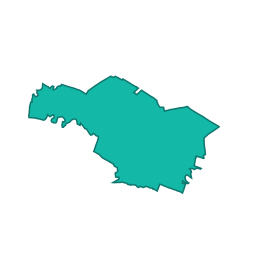 the district of Luna, Cluj, Romania, rotated 146°
{"feature_id": "2599482B89175804727577", "entity_name": "Luna", "entity_type": "district", "adm_level": 2, "iso_a3": "ROU", "parent_name": "Romania", "parent_adm1": "Cluj", "projection": "albers", "projection_center": [23.938, 46.482], "detail": "fine", "context": "isolated", "style": "filled", "palette": "teal", "viewbox_px": 256, "rotation_deg": 146, "n_neighbors": 0, "source": "geoboundaries", "source_scale": "gbopen_adm2", "svg_char_len": 5643}
<svg xmlns="http://www.w3.org/2000/svg" viewBox="0 0 256 256"><g transform="rotate(146 128 128)"><path d="M182.5,210.3L182.7,209.3L184.0,208.0L183.9,207.5L183.8,206.1L184.0,205.7L184.4,205.5L186.0,205.2L186.4,205.2L186.9,205.5L187.2,206.2L187.4,207.2L187.4,207.8L187.1,208.5L187.3,208.9L187.9,209.0L188.4,208.8L188.8,208.5L189.1,208.1L189.7,207.0L189.9,206.8L191.4,205.7L192.3,204.8L192.5,204.1L192.5,203.5L192.7,203.2L193.9,203.6L194.2,203.8L196.2,201.9L196.9,201.4L197.9,200.4L199.1,198.7L200.5,197.0L201.9,195.1L202.7,194.5L204.3,192.1L198.1,187.1L198.3,186.9L196.8,185.5L194.1,182.3L193.4,181.6L192.9,181.4L191.6,181.5L190.2,181.9L188.6,182.9L187.6,183.5L187.2,183.9L186.8,182.3L186.3,181.0L185.5,180.9L183.6,181.1L183.4,180.8L183.2,180.7L182.3,180.4L182.3,180.2L182.8,179.1L183.3,177.9L183.5,177.8L184.4,178.0L184.8,178.1L185.6,178.2L186.4,177.9L187.3,177.3L187.6,176.8L187.8,176.4L187.7,175.2L186.9,174.2L186.4,173.6L185.6,173.0L185.1,172.7L184.6,172.7L184.2,172.8L183.4,173.4L181.0,175.5L180.5,176.0L180.4,176.1L176.1,174.1L175.7,171.9L175.6,170.8L175.9,169.6L176.5,169.0L177.4,168.8L178.1,169.2L178.7,169.8L179.4,169.0L181.3,167.1L182.0,165.3L181.2,164.8L179.3,165.2L178.2,165.2L177.1,166.3L173.6,165.6L172.8,165.6L171.9,165.7L171.2,166.0L170.7,166.1L170.0,166.1L168.1,165.8L167.2,165.4L166.3,164.3L166.4,162.6L167.8,159.7L166.3,157.0L164.6,158.5L164.2,155.4L164.2,154.3L164.1,151.5L163.4,151.0L163.2,150.7L163.1,150.3L163.0,148.9L163.1,145.5L163.0,143.7L162.9,143.0L162.7,142.9L162.3,142.8L161.9,142.5L161.7,142.4L161.1,142.6L160.7,142.6L159.9,142.8L159.7,142.7L159.2,141.8L159.0,141.2L158.9,140.0L158.7,139.5L158.0,138.4L157.5,138.0L157.7,136.8L160.4,134.4L165.3,130.9L167.1,129.4L169.5,127.8L168.7,126.2L168.4,125.5L167.9,124.9L167.8,124.1L167.5,123.5L167.2,123.3L167.0,122.9L166.6,122.0L166.6,121.6L166.3,120.0L166.2,118.9L165.9,117.8L165.5,116.7L164.8,115.5L164.7,115.2L164.1,114.2L163.8,113.4L162.9,112.0L162.7,111.3L162.1,110.4L162.2,110.2L162.1,109.9L161.9,109.9L161.7,109.5L161.2,108.3L161.0,107.6L160.3,106.3L160.3,105.9L160.5,105.5L160.4,105.1L160.6,104.5L160.6,104.2L160.5,103.8L160.4,103.4L160.0,102.9L159.9,102.6L159.5,102.2L159.0,101.2L160.1,99.1L160.7,98.0L160.8,97.9L162.1,97.6L163.8,97.8L165.7,94.2L164.6,93.4L163.0,92.1L163.9,91.3L164.3,90.6L165.4,90.9L166.5,90.8L167.4,90.8L168.3,91.0L171.0,91.2L169.9,90.3L167.6,89.0L164.9,87.2L164.4,87.0L163.4,86.7L163.0,86.3L161.4,84.3L160.6,83.7L160.2,83.3L160.0,83.0L159.9,82.6L159.9,81.9L159.8,81.5L159.3,80.9L159.2,80.6L158.1,80.4L157.9,80.2L157.8,79.8L157.9,79.3L157.0,78.9L156.6,78.6L156.3,78.5L155.8,78.6L155.2,78.0L155.0,77.6L154.1,76.9L153.5,76.0L153.3,75.5L153.2,75.3L153.3,74.5L153.2,73.9L152.5,72.8L151.9,72.8L151.1,72.5L150.8,72.6L150.5,72.8L150.3,72.8L150.2,72.6L150.0,72.3L149.7,71.9L149.4,71.4L149.2,70.8L148.7,70.2L148.1,70.0L147.0,69.7L146.0,69.8L145.8,69.8L145.4,69.3L145.2,68.8L145.0,68.6L144.7,68.2L144.0,67.7L143.9,67.6L143.9,66.8L143.7,66.4L142.1,65.1L141.6,64.7L141.4,64.3L141.4,64.2L141.6,63.6L141.1,63.2L140.7,62.8L140.5,62.2L139.8,61.1L139.1,59.4L135.6,61.9L133.0,63.6L132.6,63.0L132.1,62.5L131.5,61.4L130.4,59.9L130.0,59.2L127.5,55.5L126.6,54.4L126.2,53.9L125.8,53.5L124.1,50.9L123.6,50.5L123.2,50.0L122.6,48.8L121.9,47.9L121.6,47.5L121.1,47.0L120.0,45.4L119.8,44.7L119.4,44.1L119.2,43.6L117.9,44.6L117.1,45.1L115.0,46.7L114.8,46.9L111.7,49.3L112.1,49.7L113.0,50.9L113.7,52.0L112.1,53.4L111.8,52.6L111.6,51.9L111.0,50.4L110.7,49.9L110.5,49.7L109.9,48.8L109.6,48.5L109.3,48.4L108.4,48.5L108.9,49.7L109.1,50.4L109.3,51.7L109.4,52.3L109.3,52.7L108.7,54.3L108.3,55.1L107.8,55.8L107.0,56.1L106.4,56.4L106.1,56.2L105.3,56.0L104.9,55.7L103.3,51.0L103.1,51.4L102.7,52.3L102.1,53.9L101.6,55.2L101.1,55.4L100.1,56.0L99.7,56.9L99.6,57.3L99.6,58.5L99.9,59.6L98.4,59.3L97.6,58.6L97.3,58.2L97.0,58.0L96.4,56.6L96.1,56.5L94.8,56.5L93.2,56.0L93.1,55.9L92.9,55.6L92.4,55.3L91.5,54.5L91.3,54.1L91.3,53.7L91.2,53.5L90.4,53.4L89.9,53.5L91.1,55.3L94.3,59.5L93.4,60.3L92.6,61.4L91.7,62.2L89.5,64.6L89.3,64.7L89.2,64.9L88.9,65.1L88.5,65.2L88.6,65.3L88.3,65.4L88.2,65.6L88.2,65.8L87.8,66.2L87.7,66.3L87.4,66.3L87.5,66.6L87.4,66.6L87.4,66.9L87.3,66.7L87.1,66.5L86.7,66.1L84.9,63.7L84.1,62.8L83.8,62.4L83.2,61.6L83.1,61.4L82.9,61.4L82.8,61.2L82.6,60.9L82.2,60.4L81.9,60.5L81.7,60.7L81.2,62.7L80.9,63.0L80.4,63.1L79.1,62.7L78.6,62.8L78.4,63.1L76.4,66.9L75.9,68.0L74.3,71.2L72.8,73.8L70.8,76.8L70.6,77.2L69.7,77.3L67.3,77.6L65.7,77.9L64.9,77.9L63.7,78.0L59.5,77.9L54.7,78.0L51.9,78.0L51.7,78.1L56.6,88.4L59.3,94.8L59.2,94.9L61.7,99.9L64.3,105.5L66.0,109.5L66.2,110.5L66.5,111.4L66.4,111.8L66.8,112.7L67.4,112.9L71.2,114.3L74.0,115.8L80.4,118.5L82.4,119.5L84.8,120.3L88.3,121.6L87.6,123.8L86.9,125.2L87.8,125.9L89.8,127.2L89.9,127.5L90.0,128.0L90.0,129.0L89.8,131.9L89.4,132.4L89.5,132.9L89.2,133.8L88.7,134.6L89.7,137.8L90.2,139.3L91.3,141.4L92.0,143.0L92.9,145.3L95.7,151.8L101.8,150.7L103.3,154.2L97.2,155.2L98.2,157.2L98.3,157.6L98.2,157.6L98.5,158.0L100.4,161.8L101.3,164.0L102.6,166.7L103.3,168.4L105.0,171.6L106.1,171.1L107.2,173.2L108.1,175.2L109.3,177.2L109.7,178.0L111.8,178.0L113.4,180.6L116.4,180.7L124.9,181.3L132.1,181.3L139.8,181.1L140.4,181.0L143.7,179.4L146.1,184.6L147.1,186.6L147.4,187.0L148.5,188.3L150.9,191.6L153.5,194.6L158.8,201.3L159.9,200.6L160.4,200.4L160.6,200.4L161.6,201.4L162.4,201.6L164.2,201.5L164.5,201.3L164.8,200.8L165.7,200.8L166.6,200.8L167.1,200.9L168.6,201.4L168.5,201.7L168.3,202.1L167.5,202.7L166.4,203.8L167.3,205.2L168.9,204.9L170.8,204.6L170.9,205.6L171.0,206.7L171.9,207.9L172.6,209.4L173.1,210.5L173.9,212.4L175.6,210.2L177.3,208.7L179.9,208.7L181.9,209.7L182.5,210.3Z" fill="#14b8a6" stroke="#0f766e" stroke-width="1.5"/></g></svg>